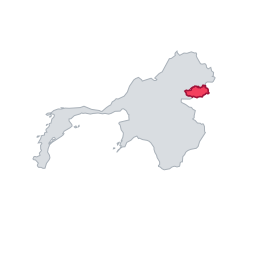 location of Nan within Thailand, rotated 69°
{"feature_id": "THA-393", "entity_name": "Nan", "entity_type": "Province", "adm_level": 1, "iso_a3": "THA", "parent_name": "Thailand", "parent_adm1": "", "projection": "mercator", "projection_center": [100.668, 18.812], "detail": "fine", "context": "in_parent", "style": "filled", "palette": "rose", "viewbox_px": 256, "rotation_deg": 69, "n_neighbors": 0, "source": "natural_earth", "source_scale": "10m", "svg_char_len": 5985}
<svg xmlns="http://www.w3.org/2000/svg" viewBox="0 0 256 256"><g transform="rotate(69 128 128)"><path d="M109.8,29.7L110.1,30.7L111.1,29.3L112.4,28.7L115.0,31.6L115.4,32.9L113.4,37.5L113.7,39.0L115.0,40.3L116.4,41.1L118.0,40.9L120.9,39.5L124.1,40.4L123.9,43.4L125.1,48.3L123.5,53.3L122.0,55.7L123.1,57.9L123.2,59.9L120.1,67.6L120.8,68.2L122.7,69.0L123.5,68.7L126.8,65.7L130.4,63.4L131.5,61.4L133.8,60.7L135.8,58.9L140.5,62.0L141.7,62.3L142.3,62.8L142.5,64.1L143.1,64.3L145.0,62.6L148.2,61.4L149.5,58.8L151.0,58.0L150.9,56.7L151.4,56.2L154.0,56.1L158.0,57.5L159.4,57.8L160.0,57.4L166.3,66.0L170.4,69.2L171.4,71.5L170.4,77.2L170.5,80.4L171.4,82.9L173.1,84.6L174.4,87.1L179.1,89.4L178.7,90.1L179.0,91.6L182.0,93.4L182.2,93.9L181.9,96.2L180.5,98.0L180.2,99.4L180.2,101.1L181.0,103.8L180.0,109.2L178.3,110.8L176.0,111.9L174.8,113.3L173.9,113.0L173.4,111.5L170.9,110.6L166.1,111.4L163.7,111.1L160.5,111.6L157.3,111.4L155.4,110.7L150.2,111.9L148.0,113.0L146.4,114.6L144.0,118.6L141.6,121.0L141.6,122.0L138.7,122.6L138.8,126.0L140.5,129.7L141.0,134.3L144.4,137.6L143.7,139.9L144.1,142.1L146.7,147.3L144.8,144.8L144.5,143.2L142.3,140.6L141.5,141.9L139.0,140.0L137.9,138.1L137.5,138.9L134.9,136.2L132.3,134.7L130.8,134.1L127.2,135.0L122.5,134.3L120.7,135.0L120.0,134.6L119.6,133.7L120.9,124.1L116.8,122.9L116.1,122.3L115.3,123.0L111.3,123.4L108.5,125.2L108.1,126.6L109.4,129.3L107.8,134.1L108.3,138.6L108.1,141.1L106.1,144.2L105.6,146.7L103.3,150.5L101.9,155.4L101.5,158.2L98.8,162.5L98.2,164.9L97.3,165.8L97.7,167.7L97.2,173.6L98.9,177.9L98.4,179.8L100.3,180.5L104.6,179.2L106.1,179.5L107.0,181.9L108.1,188.8L109.9,191.0L110.4,189.9L111.2,191.0L111.9,193.1L114.2,204.0L115.4,206.9L114.0,206.1L113.2,202.7L112.0,202.6L112.4,200.4L111.6,199.6L110.3,200.2L110.3,201.9L113.8,207.4L115.9,207.5L118.6,209.9L121.6,211.7L125.3,211.1L127.9,211.6L129.4,213.1L131.8,216.8L135.8,219.9L135.2,221.8L133.6,223.3L132.8,225.4L131.7,226.0L130.2,226.0L128.6,224.3L124.7,225.8L123.8,227.4L122.8,227.8L121.1,226.1L121.2,225.1L122.3,223.6L122.0,219.9L119.7,219.8L118.1,217.0L117.6,216.7L116.5,217.1L112.8,215.8L111.7,214.0L110.5,214.2L109.8,217.2L106.5,213.2L104.2,211.5L104.6,208.5L103.0,207.8L102.4,207.0L102.9,205.2L100.8,205.4L99.8,204.9L98.6,201.7L97.5,200.4L96.1,200.4L95.7,199.7L95.8,198.1L92.3,195.8L91.2,193.2L89.6,192.1L88.6,192.4L87.5,194.3L86.7,194.1L86.0,193.6L85.1,191.0L85.2,186.4L86.3,183.8L86.9,179.5L88.5,175.9L91.8,165.4L91.9,161.3L97.6,155.3L101.4,148.5L102.6,147.5L103.2,146.3L101.2,140.8L100.3,137.0L100.4,136.0L98.0,133.4L97.4,130.4L96.7,129.5L96.5,128.5L97.4,126.8L96.9,120.2L94.2,115.7L89.5,111.6L85.2,105.4L84.6,103.2L84.5,100.1L87.9,98.0L89.3,97.9L89.8,88.6L92.7,86.8L93.3,86.0L93.6,84.5L93.0,83.6L91.0,85.1L90.7,84.8L88.3,79.3L87.8,75.9L78.1,64.6L78.6,62.7L77.2,57.8L75.8,57.7L74.8,56.9L73.8,54.7L75.6,55.0L78.7,53.7L78.1,48.9L79.4,46.2L79.6,41.6L81.9,38.9L82.2,37.6L83.5,37.4L85.1,38.4L86.9,38.4L94.0,37.3L94.9,36.0L95.4,33.5L96.1,32.7L97.7,32.5L99.5,33.0L101.5,32.0L101.1,29.0L104.6,29.5L106.8,28.2L109.8,29.7ZM87.7,195.5L87.2,198.9L85.9,199.6L85.4,197.6L86.2,194.4L86.6,195.2L87.7,195.5ZM109.2,175.6L108.9,177.2L107.7,177.8L107.4,175.9L109.2,175.6ZM138.6,141.4L140.1,143.8L138.4,143.6L138.1,141.3L138.6,141.4ZM103.8,216.2L103.1,215.2L103.7,213.6L104.3,215.5L103.8,216.2ZM89.9,195.9L89.6,197.7L88.9,195.2L89.9,195.9ZM109.2,174.1L108.6,173.9L108.0,172.8L108.8,172.8L109.2,174.1ZM95.7,201.4L96.5,203.6L95.6,202.6L95.7,201.4ZM142.4,147.7L142.2,149.1L141.4,148.5L141.9,147.5L142.4,147.7ZM86.1,182.3L85.3,182.8L85.9,181.5L86.1,182.3Z" fill="#d9dde1" stroke="#a8b0b8" stroke-width="1"/><path d="M119.8,39.5L121.0,39.5L121.4,39.5L121.7,39.6L122.2,40.0L122.6,40.1L123.0,40.1L123.3,40.1L123.7,40.0L123.8,39.9L124.1,39.8L124.3,39.9L124.5,40.0L124.7,40.4L124.7,40.7L124.6,41.1L124.5,41.4L124.2,41.5L123.9,41.7L123.7,42.2L123.6,42.8L123.7,43.2L123.8,43.3L124.0,43.3L124.1,43.5L124.4,44.9L124.3,45.7L124.3,46.0L124.6,46.4L125.2,46.9L125.5,47.3L125.6,47.7L125.1,48.3L125.0,48.5L124.8,48.9L124.7,49.1L124.4,49.5L124.3,50.0L124.3,50.8L124.3,51.1L124.1,51.5L124.1,52.0L124.4,52.3L124.5,52.5L124.4,52.7L124.3,53.0L123.9,53.3L123.5,53.5L123.4,53.7L123.4,54.0L123.2,54.3L122.4,54.8L122.3,55.0L122.2,55.3L121.8,55.6L121.7,55.9L121.8,56.2L122.0,56.4L122.3,56.7L122.2,56.8L121.4,57.5L120.9,57.8L120.3,58.4L120.1,58.7L120.1,58.8L120.2,59.0L119.8,59.3L119.8,59.5L119.9,59.8L119.7,59.9L119.6,60.0L119.4,60.5L119.2,60.7L118.8,60.9L118.3,61.4L118.2,61.5L117.9,61.5L117.7,61.4L117.4,61.5L117.2,61.4L116.8,61.3L116.7,61.3L116.4,61.3L115.9,61.1L115.7,61.2L115.6,61.3L115.4,61.4L115.1,61.4L115.0,61.5L114.7,61.6L114.3,61.6L114.2,61.6L113.9,61.7L113.6,60.2L113.7,59.9L113.8,59.9L114.1,59.8L114.2,59.7L114.3,59.3L114.4,59.1L114.4,58.8L114.4,58.7L114.6,58.4L114.7,58.2L114.8,58.0L114.8,57.9L114.7,57.7L114.8,57.3L114.7,57.1L114.8,57.1L115.0,56.9L115.3,56.2L115.3,55.9L115.3,55.6L115.2,55.3L114.9,55.3L114.8,55.2L114.7,55.1L114.4,55.0L114.2,55.0L113.9,55.0L113.7,55.1L113.5,54.2L113.4,54.1L113.3,53.9L113.4,53.4L113.4,53.2L113.5,53.2L113.4,53.0L113.2,53.0L113.2,52.9L113.1,52.7L113.0,52.4L113.1,52.2L113.3,51.9L113.4,51.7L113.2,51.5L113.1,51.3L113.1,51.2L112.9,50.9L112.8,50.7L113.0,50.2L113.7,48.9L113.8,48.8L114.2,48.8L114.3,48.8L114.4,48.7L114.7,48.6L114.8,48.4L114.8,48.2L114.7,48.1L114.3,48.1L114.3,47.9L114.4,47.5L114.4,47.4L114.5,47.3L114.8,47.3L115.0,47.3L115.3,47.5L115.5,47.6L115.5,47.3L115.5,47.2L115.5,46.9L115.6,46.7L115.8,46.7L116.0,46.6L116.4,46.3L116.5,46.2L116.4,46.0L116.3,45.9L116.3,45.7L116.2,45.5L116.2,45.4L116.3,45.3L116.3,45.1L116.2,45.1L116.1,44.8L116.1,44.7L116.2,44.0L116.2,43.8L116.2,43.6L116.2,43.4L115.9,43.4L115.8,43.2L115.7,43.2L115.5,43.3L115.4,43.3L115.3,43.2L115.2,43.2L115.0,42.9L114.9,42.6L115.0,42.5L115.0,42.4L115.4,42.1L115.5,42.0L115.6,41.7L115.8,41.5L115.9,41.4L116.0,41.4L115.9,41.1L115.8,40.9L115.9,40.7L116.2,40.5L116.5,40.5L117.6,40.9L117.8,41.0L118.0,41.3L118.2,41.1L118.8,40.5L119.4,39.9L119.5,39.6L119.8,39.5Z" fill="#f43f5e" stroke="#9f1239" stroke-width="1.5"/></g></svg>